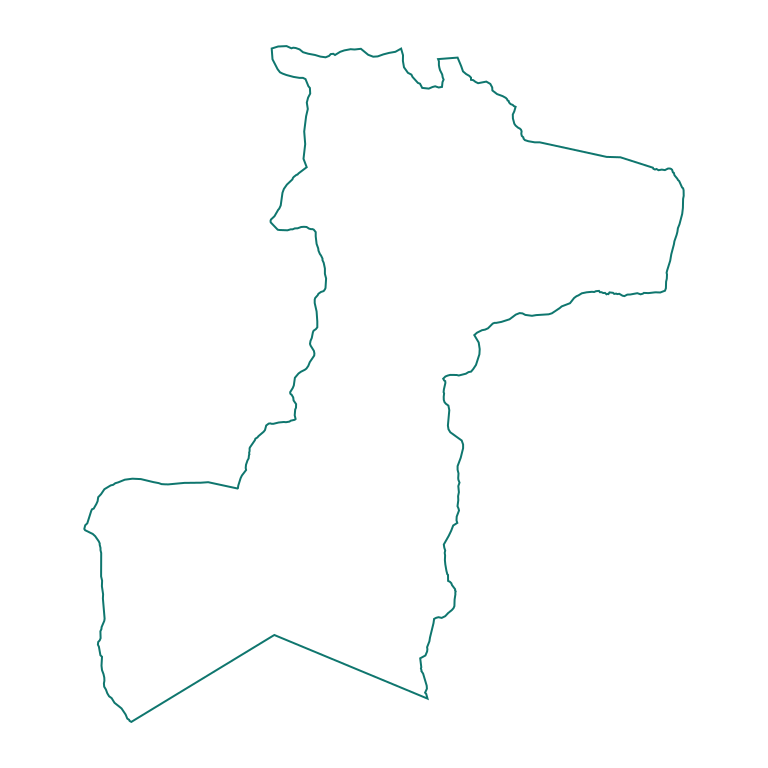 Molinos, Salta, Argentina
{"feature_id": "61730980B63550758975873", "entity_name": "Molinos", "entity_type": "district", "adm_level": 2, "iso_a3": "ARG", "parent_name": "Argentina", "parent_adm1": "Salta", "projection": "albers", "projection_center": [-66.4, -25.575], "detail": "fine", "context": "isolated", "style": "outline", "palette": "teal", "viewbox_px": 768, "rotation_deg": 0, "n_neighbors": 0, "source": "geoboundaries", "source_scale": "gbopen_adm2", "svg_char_len": 6014}
<svg xmlns="http://www.w3.org/2000/svg" viewBox="0 0 768 768"><path d="M672.1,169.8L671.2,169.0L669.9,168.5L668.1,168.5L664.9,170.1L661.8,169.6L658.5,170.2L656.5,169.0L655.0,169.5L653.4,168.8L652.9,167.7L620.4,157.3L606.6,156.9L539.6,142.3L534.6,142.3L528.3,141.2L524.9,140.1L523.6,138.7L523.3,137.3L521.8,135.9L521.3,133.8L521.6,131.3L521.0,129.7L519.9,128.6L518.1,127.7L515.6,125.6L514.3,123.7L513.6,121.0L512.9,118.4L512.8,114.5L514.3,111.3L515.6,106.8L513.9,106.1L512.7,104.9L510.6,104.1L509.1,102.5L508.6,100.9L507.6,100.5L507.0,99.1L505.7,97.8L502.6,96.1L497.1,94.1L492.4,90.5L492.2,87.4L490.3,83.9L486.3,81.6L478.1,83.2L475.5,81.9L473.3,80.2L471.0,79.8L471.0,77.6L469.2,75.8L466.2,74.1L463.0,71.4L461.2,66.2L457.6,57.6L438.1,59.1L438.9,61.2L438.9,65.1L439.3,67.4L440.0,70.1L442.2,74.5L442.7,77.4L443.6,79.6L442.5,82.1L442.0,86.9L438.7,87.5L435.2,86.3L432.5,87.0L428.8,88.6L422.2,87.9L420.0,83.7L417.9,82.9L412.5,76.9L411.4,74.6L407.9,72.8L404.0,67.3L402.9,60.9L403.0,55.2L401.1,48.6L395.4,51.8L389.1,52.9L383.3,54.4L377.7,56.4L373.2,56.7L368.2,54.8L360.9,48.8L354.6,49.5L350.6,49.2L344.3,50.4L340.2,51.8L335.0,55.0L333.3,53.8L330.7,54.1L329.1,55.9L325.6,57.3L320.4,56.6L315.1,55.0L308.1,53.7L303.0,52.2L299.6,49.4L295.7,48.0L293.2,47.7L291.4,48.3L286.6,46.1L278.1,46.5L271.7,48.5L272.5,59.3L277.6,69.2L280.0,72.3L282.6,73.6L286.4,75.0L293.5,76.9L299.6,77.9L303.0,77.9L305.5,79.1L308.4,86.2L309.9,88.0L310.2,93.6L308.1,97.6L306.8,102.6L307.8,109.0L306.1,116.3L304.2,131.5L305.2,144.1L303.5,158.8L306.7,167.2L298.4,173.5L297.5,174.6L296.5,174.8L293.8,176.9L292.9,178.0L292.4,179.4L286.9,184.6L283.9,188.9L282.5,192.7L280.7,205.5L279.2,208.7L278.2,209.8L274.5,216.2L271.0,219.5L270.6,220.5L270.6,222.0L270.9,222.6L277.7,229.7L279.4,230.0L287.5,230.3L290.8,229.3L292.7,229.3L294.8,228.4L297.6,228.3L301.2,227.0L304.0,226.8L306.6,227.0L309.0,228.6L310.8,229.1L312.5,229.1L313.8,229.7L315.7,232.1L315.7,236.3L316.6,243.9L318.2,248.4L318.5,250.7L319.9,254.0L321.0,255.5L322.5,258.6L322.5,260.2L323.7,262.8L324.9,268.5L324.9,273.8L326.1,278.5L325.5,288.0L324.9,289.4L323.6,291.1L320.9,292.0L318.4,293.8L317.7,295.2L315.2,298.0L314.7,299.6L314.7,303.0L316.6,311.5L317.3,321.5L317.3,327.3L315.9,329.1L313.6,330.7L312.9,332.3L311.8,337.9L310.5,340.9L310.0,343.9L310.6,345.6L313.9,350.9L314.4,353.4L314.2,355.6L309.8,362.1L308.3,365.9L306.4,368.6L304.8,369.8L301.0,371.7L298.5,373.5L294.9,377.8L293.8,385.5L292.7,388.1L290.2,392.1L290.2,393.1L290.7,394.2L291.6,394.7L293.2,397.4L293.6,400.5L296.1,404.1L296.0,407.7L295.2,409.5L294.7,415.3L295.6,419.0L294.7,419.8L290.7,420.7L289.5,421.6L286.0,422.2L283.8,422.0L278.7,422.5L273.4,423.8L271.6,423.8L270.3,423.4L268.7,423.6L266.2,425.5L265.0,430.0L263.7,431.7L258.4,436.2L257.5,437.4L255.4,438.7L254.9,440.2L250.0,447.3L249.6,448.2L249.6,451.0L249.1,452.9L249.4,454.4L249.0,455.0L248.6,458.5L247.5,460.4L246.0,464.8L245.7,468.0L246.1,470.0L241.9,475.5L240.6,478.2L238.3,485.5L237.9,488.2L237.5,488.5L208.2,482.2L201.0,482.7L184.3,482.9L168.2,484.4L164.7,484.3L161.5,484.1L158.7,483.1L153.4,482.1L140.9,479.1L132.4,478.7L124.8,479.7L118.1,482.4L115.3,483.2L113.2,484.8L110.7,485.4L104.4,489.2L101.1,494.1L98.2,497.2L97.6,501.2L96.4,503.9L93.7,508.6L92.0,509.3L91.2,511.0L87.3,523.3L85.2,525.3L84.3,528.9L85.1,530.2L92.8,534.0L95.2,536.2L98.8,541.4L99.7,543.4L99.7,544.8L100.5,547.9L100.5,550.1L101.2,553.0L101.1,576.4L102.1,580.7L101.9,586.2L103.1,594.3L102.9,598.5L104.6,618.6L104.3,620.8L101.6,627.1L101.4,629.1L100.4,631.3L100.6,638.2L99.7,640.4L98.2,642.0L97.9,644.7L98.9,646.7L100.4,655.2L102.0,656.8L101.5,665.7L102.0,670.1L103.5,674.1L104.3,677.7L104.4,680.8L103.9,683.5L104.2,686.7L105.9,689.5L107.3,693.3L109.1,696.3L111.6,698.1L114.5,702.8L121.5,708.4L125.6,714.5L127.3,718.6L129.1,719.8L129.6,720.9L131.3,721.9L274.3,635.0L427.5,698.6L426.2,693.9L425.1,692.7L426.9,688.7L426.7,685.7L423.1,673.6L421.4,671.1L421.5,670.3L420.9,668.4L421.3,667.3L420.2,658.3L425.4,655.5L427.1,651.5L427.4,649.2L427.1,647.2L429.4,641.3L430.0,637.5L433.5,623.2L434.1,618.9L436.2,617.8L438.5,617.2L441.7,617.9L445.2,616.2L448.2,613.0L451.8,610.1L453.5,608.2L454.4,606.1L454.6,599.5L455.4,594.3L455.3,592.8L455.7,591.3L455.1,590.7L455.1,589.2L452.0,585.1L451.3,583.2L449.9,581.8L448.1,580.9L448.0,574.9L447.3,574.2L446.4,570.7L445.3,564.3L444.9,560.0L445.1,555.5L444.7,552.9L445.2,550.5L444.3,547.7L443.8,544.5L448.7,535.9L451.2,530.7L453.2,525.5L457.3,522.9L456.5,520.4L456.7,516.6L459.0,510.5L458.5,508.5L457.5,506.2L458.3,500.2L458.1,496.2L458.9,492.2L458.3,486.1L459.5,482.6L458.4,479.8L458.2,478.0L458.5,473.4L457.6,469.8L457.6,466.1L460.7,457.8L463.1,448.2L463.1,444.5L461.7,440.5L450.3,432.3L448.5,429.3L447.9,425.5L449.3,410.2L448.4,405.6L445.8,403.7L444.5,402.1L443.8,399.9L443.7,396.9L444.1,393.3L443.6,392.2L443.9,389.4L445.4,382.9L445.2,381.1L444.2,380.5L443.2,378.7L445.4,376.5L447.6,375.6L450.2,374.9L456.7,375.0L458.8,375.5L465.9,373.7L468.5,372.1L471.1,371.6L473.2,369.1L476.0,364.9L479.4,354.3L479.7,349.1L478.7,342.5L474.3,335.1L477.0,332.7L482.0,330.2L485.1,329.6L488.0,328.3L492.7,323.6L494.4,322.9L496.1,322.9L501.4,321.9L509.5,319.3L515.8,314.6L519.6,313.1L522.5,313.4L525.3,314.9L532.0,315.8L536.2,315.1L548.7,314.3L551.9,313.3L559.8,308.0L561.7,306.4L570.0,303.2L574.1,298.0L576.5,296.2L578.4,295.4L581.8,293.3L586.7,292.3L592.0,291.8L594.2,292.0L595.9,291.2L599.0,290.9L599.9,292.2L601.5,292.2L603.2,293.0L605.0,292.9L606.5,294.3L607.5,293.9L608.4,294.1L609.5,292.4L613.0,292.8L614.2,293.9L616.2,293.6L617.2,294.1L619.3,293.8L622.5,295.7L624.4,296.1L627.3,294.6L630.3,294.5L637.3,293.2L640.6,294.3L642.8,293.7L643.9,292.9L648.5,293.1L655.4,292.3L660.2,292.5L665.0,290.7L665.9,288.2L666.1,281.7L666.8,278.7L667.0,274.5L666.6,272.8L667.1,270.6L670.2,260.7L671.3,254.2L673.9,244.4L674.4,241.3L676.6,234.9L677.4,231.8L677.9,228.2L679.5,224.2L682.2,213.9L682.9,207.9L683.1,198.9L683.7,195.9L683.6,190.3L683.1,188.3L682.1,187.5L679.2,181.1L677.9,179.9L677.3,178.7L674.5,175.3L673.8,172.8L672.9,172.4L672.1,169.8Z" fill="none" stroke="#0f766e" stroke-width="2"/></svg>